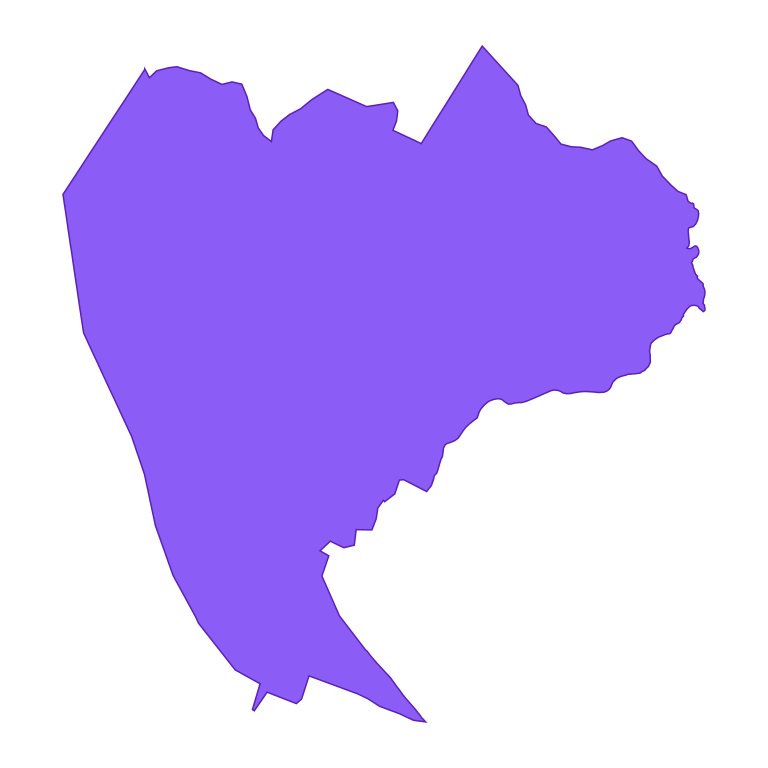 outline of Mazatlán Villa de Flores, Oaxaca, Mexico
{"feature_id": "50627088B32385054686880", "entity_name": "Mazatlán Villa de Flores", "entity_type": "district", "adm_level": 2, "iso_a3": "MEX", "parent_name": "Mexico", "parent_adm1": "Oaxaca", "projection": "robinson", "projection_center": [-96.881, 18.015], "detail": "fine", "context": "isolated", "style": "filled", "palette": "violet", "viewbox_px": 768, "rotation_deg": 0, "n_neighbors": 0, "source": "geoboundaries", "source_scale": "gbopen_adm2", "svg_char_len": 5384}
<svg xmlns="http://www.w3.org/2000/svg" viewBox="0 0 768 768"><path d="M83.6,332.9L90.7,348.3L92.5,352.3L97.0,361.8L99.0,366.2L100.8,370.1L110.4,390.8L110.9,391.8L118.2,407.4L119.8,411.0L130.7,434.5L131.4,435.8L131.7,436.6L136.8,451.7L139.1,458.3L141.5,465.4L144.1,473.3L144.5,474.3L146.5,483.8L147.9,490.2L149.3,497.0L151.6,507.7L155.2,524.6L155.4,525.6L157.5,531.5L160.4,539.7L162.6,545.9L165.1,552.8L166.6,557.2L169.9,566.5L173.1,575.4L173.2,575.6L176.1,581.1L179.1,586.5L195.6,616.8L198.5,623.2L235.2,669.9L260.1,683.8L252.4,709.6L254.3,710.8L267.1,692.2L296.4,703.6L301.6,699.0L309.0,675.9L358.3,694.1L368.1,698.9L373.6,702.4L379.5,706.3L399.2,713.6L413.5,720.3L425.6,721.9L422.5,718.5L421.5,717.7L420.8,716.3L415.6,709.7L412.1,705.6L408.8,701.9L405.2,697.7L403.1,695.1L400.5,691.5L399.4,689.9L396.3,685.9L390.5,677.8L378.3,664.7L376.2,662.4L375.8,661.9L373.9,659.7L370.0,655.1L367.0,651.0L365.7,650.1L363.6,647.4L339.5,616.0L321.9,576.0L328.8,555.8L320.0,550.8L330.3,541.2L339.4,545.6L343.9,547.7L354.3,545.2L355.3,536.8L356.2,529.6L357.7,529.7L371.9,529.9L376.2,518.8L376.6,516.3L377.7,508.9L377.9,507.9L383.4,500.3L384.7,501.7L394.8,493.9L399.4,480.1L403.6,479.7L416.5,486.3L420.9,488.6L425.6,491.0L426.7,491.5L431.4,485.5L433.4,479.8L434.4,475.5L436.6,473.4L437.7,470.5L439.0,466.0L439.9,462.7L441.1,459.0L442.4,456.7L442.7,454.4L443.1,451.7L443.5,448.1L444.7,445.7L445.5,444.5L446.8,443.6L450.5,442.4L454.6,440.7L458.1,438.2L460.2,435.2L462.2,432.1L464.0,429.6L465.4,427.7L469.4,423.9L471.3,422.4L473.8,420.3L477.1,418.0L478.0,415.6L478.9,412.7L480.3,409.9L482.2,407.4L484.0,405.4L485.8,403.7L488.1,401.8L490.3,400.6L494.1,399.3L498.2,398.7L501.7,399.3L503.4,400.8L506.3,402.9L508.5,404.1L511.1,404.0L514.8,403.0L518.7,402.6L521.5,402.6L526.6,401.2L526.8,401.1L532.3,398.8L534.1,398.1L535.8,397.3L540.2,395.4L542.1,394.5L544.5,393.5L547.0,392.4L549.6,391.3L551.0,390.7L553.7,390.1L554.5,390.0L557.8,390.4L559.4,390.9L560.4,391.2L563.1,393.0L564.6,393.3L566.6,393.7L570.9,393.5L571.6,393.3L573.7,392.8L577.0,392.3L580.1,391.8L584.3,391.5L587.6,391.6L593.9,392.0L594.1,392.0L598.2,392.5L604.1,392.2L606.9,391.0L609.1,389.4L610.6,387.4L611.8,384.5L612.9,382.0L616.8,378.2L621.0,376.4L623.2,375.8L625.3,375.3L628.0,374.3L631.7,374.0L636.7,373.6L640.3,373.0L642.0,371.5L643.1,371.1L644.7,370.4L645.4,369.5L647.0,367.8L648.5,366.5L649.0,364.9L649.3,364.7L650.4,362.1L650.2,358.2L650.2,355.0L649.6,351.2L650.0,348.2L650.6,344.5L651.4,342.9L652.8,341.6L653.1,341.3L654.1,340.2L658.2,337.3L662.0,335.8L664.8,334.7L665.6,334.4L667.3,333.9L669.5,333.8L670.8,332.8L671.5,331.2L672.4,329.6L673.4,328.0L674.1,326.1L675.5,324.6L677.4,323.7L679.2,322.7L681.1,320.1L682.0,317.7L683.4,316.3L683.5,314.2L684.8,312.3L686.2,310.1L689.6,306.4L690.7,305.9L691.6,305.5L694.4,305.3L696.7,305.7L698.6,306.8L699.0,308.0L703.3,311.6L704.2,311.0L704.9,310.4L705.0,308.8L704.6,306.7L704.5,305.2L703.4,303.9L703.0,303.4L703.2,302.5L703.3,301.6L703.4,300.5L703.5,299.5L703.7,298.5L704.2,297.4L704.6,295.7L704.8,294.4L705.0,292.3L704.5,289.3L703.8,287.6L703.2,286.0L703.1,284.6L703.1,283.7L702.0,282.6L698.8,279.8L697.1,277.9L697.5,276.0L695.9,274.6L695.2,273.3L692.9,266.8L692.8,265.2L692.3,264.3L691.7,263.2L691.4,262.9L691.6,262.4L692.3,261.6L692.7,260.2L693.2,259.0L693.7,258.5L695.3,257.8L696.5,257.1L698.2,254.7L698.8,253.0L698.8,250.8L697.8,247.8L696.8,246.5L695.8,245.9L694.6,246.1L693.1,247.2L690.2,248.7L687.4,248.5L686.9,248.1L688.8,245.8L689.3,242.3L688.6,236.2L688.2,231.0L688.4,228.9L688.9,227.8L692.9,226.7L695.6,224.2L697.6,220.2L698.3,216.9L698.7,213.8L698.1,210.6L696.5,209.3L694.7,208.3L694.1,207.6L693.9,206.6L693.9,205.4L693.6,204.0L692.7,203.1L691.3,203.4L689.9,202.6L688.6,201.6L688.1,201.2L687.8,200.7L687.7,199.8L687.4,199.1L687.0,197.5L686.6,196.0L686.0,194.6L678.0,191.4L671.0,185.1L662.4,176.2L656.8,166.2L646.1,158.7L641.5,153.8L638.5,150.6L631.6,141.1L627.4,139.6L623.7,138.3L622.0,137.7L610.5,141.0L606.5,143.3L602.8,145.5L600.3,146.5L594.1,149.1L592.3,149.9L590.5,149.4L581.2,147.4L580.4,147.2L571.4,146.8L561.0,144.1L554.6,136.3L546.4,127.0L536.1,123.5L528.4,115.1L525.6,104.8L520.6,95.3L519.5,91.0L518.0,85.4L493.4,58.4L482.2,46.1L478.1,52.6L474.3,58.7L470.0,65.5L465.1,73.5L457.3,86.0L449.4,98.6L443.5,108.1L443.2,108.5L430.8,128.2L421.9,142.6L421.3,143.6L419.1,142.6L418.5,142.3L415.7,140.9L413.5,139.9L410.3,138.4L406.3,136.6L403.8,135.4L401.1,134.1L397.2,132.3L392.9,130.3L394.1,127.3L396.5,121.1L397.4,114.1L397.8,110.9L393.7,103.0L393.4,102.4L374.5,105.4L366.6,106.6L333.2,91.8L327.8,89.4L318.8,95.1L313.1,98.8L311.3,100.0L308.6,102.2L302.4,107.3L300.9,108.6L289.6,114.5L281.1,121.1L273.1,129.8L271.4,141.5L263.5,135.5L258.2,127.8L255.5,118.3L250.3,109.9L246.9,96.4L241.8,84.1L238.1,83.3L232.0,81.9L231.0,82.2L228.9,82.7L227.7,83.0L222.0,84.4L217.3,82.2L214.4,80.8L211.5,79.5L211.1,79.3L200.6,72.9L200.4,72.8L199.9,72.7L195.3,71.8L193.9,71.5L189.5,70.7L187.4,70.0L185.9,69.5L183.5,68.8L179.4,67.5L177.0,66.7L175.4,66.9L169.9,67.6L168.0,67.9L156.7,70.8L149.4,77.7L145.0,69.3L144.8,69.0L144.8,69.4L144.2,70.3L122.8,103.1L120.4,106.7L114.8,115.2L96.7,142.9L92.0,150.0L81.4,166.3L78.1,171.3L75.2,175.8L71.8,180.9L68.4,186.1L66.3,189.4L63.0,194.4L63.5,197.7L64.3,203.5L65.6,211.8L66.2,215.9L66.9,220.5L68.3,230.4L70.6,246.0L71.4,250.8L72.4,257.6L73.8,267.5L75.9,281.5L77.5,292.1L78.7,300.6L79.6,306.6L83.6,332.9Z" fill="#8b5cf6" stroke="#5b21b6" stroke-width="1.5"/></svg>